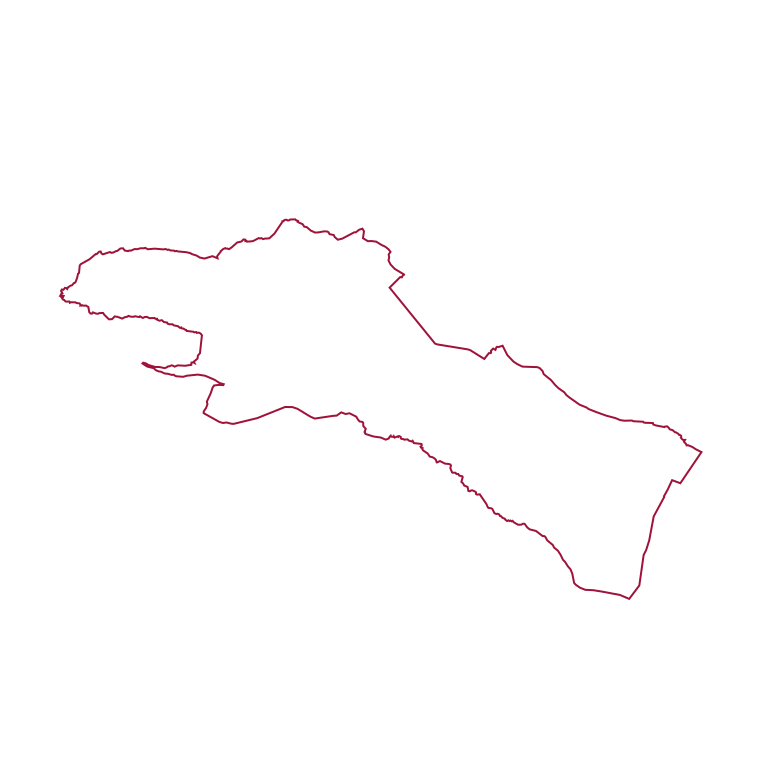 Magharibi, Zanzibar West, United Republic of Tanzania, rotated 122°
{"feature_id": "72390352B70436774950451", "entity_name": "Magharibi", "entity_type": "district", "adm_level": 2, "iso_a3": "TZA", "parent_name": "United Republic of Tanzania", "parent_adm1": "Zanzibar West", "projection": "orthographic", "projection_center": [39.256, -6.174], "detail": "fine", "context": "isolated", "style": "outline", "palette": "rose", "viewbox_px": 768, "rotation_deg": 122, "n_neighbors": 0, "source": "geoboundaries", "source_scale": "gbopen_adm2", "svg_char_len": 6143}
<svg xmlns="http://www.w3.org/2000/svg" viewBox="0 0 768 768"><g transform="rotate(122 384 384)"><path d="M273.5,78.7L274.1,84.9L274.0,89.1L274.8,93.7L275.7,94.8L274.9,95.8L274.0,99.0L271.9,99.1L272.9,100.6L272.9,101.8L272.2,103.7L271.9,103.6L270.7,104.3L270.3,105.2L270.8,106.7L270.3,107.9L270.3,110.6L270.7,111.6L270.2,114.8L271.0,117.7L270.2,119.5L269.9,121.5L271.2,123.2L271.9,123.3L275.2,131.9L275.6,134.2L274.6,135.3L278.4,141.8L279.0,143.3L278.7,144.3L283.4,152.7L283.6,154.4L287.7,160.6L289.4,164.4L290.3,169.8L293.0,178.5L295.3,189.0L296.8,197.1L296.6,199.8L297.9,207.2L297.2,219.6L296.7,223.5L295.5,226.7L295.1,233.6L294.3,237.8L292.2,244.3L291.0,253.8L288.9,256.5L288.0,260.6L288.5,263.0L295.9,275.8L296.5,281.4L296.4,286.0L294.1,294.8L288.7,303.7L291.9,306.4L292.5,307.8L293.5,308.1L296.0,307.6L296.1,310.2L299.2,310.9L300.4,309.9L301.2,309.8L302.2,311.4L309.6,312.2L309.6,328.9L310.2,331.2L322.1,359.6L322.7,362.1L299.3,430.3L284.7,426.9L284.1,425.4L282.2,425.6L281.1,425.0L280.5,425.1L280.7,435.9L279.2,441.7L276.8,445.7L273.9,446.7L271.6,448.7L268.5,448.5L267.3,451.7L266.9,455.9L267.4,459.9L267.4,466.0L269.4,470.4L271.4,473.3L271.5,479.1L265.1,481.9L263.7,484.6L266.3,486.8L270.3,488.3L271.1,489.6L282.8,496.4L286.1,499.6L285.5,503.7L284.3,505.6L285.8,509.6L284.7,511.5L284.8,513.1L286.3,515.7L290.3,520.1L292.1,522.7L292.7,527.4L291.9,532.7L292.8,535.0L291.6,537.7L292.2,541.7L292.2,543.3L291.3,543.4L291.7,545.6L291.4,546.5L294.2,550.7L295.4,551.2L296.3,552.1L296.4,553.8L297.1,554.7L297.8,555.4L299.2,555.5L299.8,556.4L300.3,556.1L314.5,556.6L321.3,558.5L324.0,562.3L325.2,563.3L325.3,565.3L326.3,566.2L326.6,567.5L332.2,570.8L334.7,573.9L335.9,575.8L335.5,576.5L336.3,577.3L335.1,578.2L335.9,579.8L338.7,580.4L341.8,583.5L348.9,585.6L351.8,586.9L352.2,588.8L353.0,589.9L352.9,590.6L354.7,591.9L357.9,592.9L358.3,592.6L363.4,593.2L364.3,593.1L365.6,591.8L366.5,597.2L372.8,602.8L374.4,607.4L374.4,611.0L375.7,616.0L375.6,617.4L376.9,621.3L381.0,629.5L381.0,630.4L382.2,631.6L382.1,632.6L383.9,635.9L384.1,637.8L385.0,638.7L385.2,640.6L386.8,642.5L390.8,650.3L394.9,655.7L395.1,658.7L396.2,659.6L397.9,662.4L400.5,664.8L401.7,667.0L404.9,669.2L405.8,670.7L406.9,671.4L408.2,674.5L407.2,677.2L407.9,678.3L409.0,679.5L412.5,680.7L413.2,681.6L416.0,683.3L417.3,684.8L417.2,686.0L417.6,686.6L423.0,691.1L423.0,692.8L421.8,694.5L422.8,695.7L426.1,696.5L426.5,697.3L434.4,699.9L443.1,704.7L444.8,704.8L451.4,701.5L452.6,701.9L456.6,700.5L461.0,699.6L462.5,700.0L462.8,700.5L465.6,700.9L467.0,702.1L469.6,703.2L471.3,703.0L471.0,704.4L471.5,705.5L474.0,705.8L474.6,707.3L476.0,707.2L476.5,706.9L476.8,705.6L477.7,705.5L477.8,704.9L478.6,705.4L480.7,705.3L480.4,704.8L480.8,704.9L481.1,704.2L479.9,704.1L479.1,702.4L480.8,702.2L481.6,702.9L482.5,701.2L482.2,699.5L482.7,698.2L482.7,697.4L480.8,694.6L480.9,693.9L481.5,693.4L480.6,692.8L478.2,688.9L478.3,687.7L477.0,684.9L477.5,683.5L478.4,683.1L477.7,682.4L477.7,681.8L477.1,681.6L476.8,680.3L475.4,678.3L475.4,675.5L479.2,672.1L479.8,670.3L479.0,668.9L477.5,668.8L476.9,665.6L476.1,663.9L474.6,662.8L472.6,659.9L473.5,657.9L474.9,651.5L473.1,649.0L469.4,648.2L468.2,645.4L467.3,640.7L464.8,639.3L462.8,637.2L461.7,636.9L461.0,634.2L459.5,631.7L458.5,631.1L457.0,627.1L455.9,626.8L455.8,623.5L454.0,622.4L452.7,620.6L452.5,617.9L449.6,613.5L449.9,612.6L449.0,611.1L449.7,610.8L449.4,608.1L447.6,606.2L448.1,603.6L446.8,600.4L447.5,599.6L447.2,597.8L445.4,595.0L445.7,593.5L444.2,589.5L444.5,586.9L443.5,585.9L444.0,585.5L443.9,584.5L443.2,583.3L443.4,581.8L443.0,580.3L443.6,579.6L440.7,573.3L440.8,572.4L439.5,570.8L439.9,569.8L439.0,569.0L438.4,567.6L438.5,565.9L439.2,564.2L455.4,556.4L458.5,556.9L461.3,555.6L465.8,557.1L466.6,555.9L466.7,557.2L467.9,558.6L469.9,557.6L473.9,562.3L477.5,568.8L480.2,570.7L480.3,572.7L480.8,574.1L482.8,575.4L483.5,576.5L484.8,576.9L486.8,578.5L488.5,583.2L490.9,587.3L492.7,593.8L492.7,596.7L493.5,599.5L494.6,599.7L494.7,594.1L492.6,587.6L493.2,584.8L492.7,581.8L491.8,579.8L491.3,575.6L489.8,572.5L488.8,568.9L487.5,567.1L487.8,565.6L487.3,563.8L484.3,558.1L481.4,555.5L474.7,546.9L471.8,540.1L470.2,530.0L470.3,524.0L469.1,519.8L470.1,519.7L472.4,523.8L475.4,527.4L478.0,527.4L483.9,526.0L492.8,524.9L494.7,523.0L498.7,522.2L502.7,522.4L504.3,521.5L503.4,503.5L502.4,499.9L500.1,497.2L498.8,493.0L497.6,490.5L480.1,473.4L455.9,455.7L452.1,449.4L450.9,444.2L450.7,429.1L450.0,424.4L437.9,410.2L435.9,407.4L430.7,405.2L429.8,400.7L427.1,397.7L426.4,390.2L427.8,387.6L428.7,384.9L427.6,382.2L428.0,381.0L430.6,379.3L431.7,375.7L434.9,375.1L434.9,374.6L436.0,373.8L436.1,372.9L434.1,365.1L431.1,358.4L430.3,353.1L427.7,351.1L426.1,351.3L424.3,350.9L424.9,350.1L423.9,348.1L423.1,348.1L423.9,346.7L421.4,344.8L421.4,344.0L420.6,344.1L420.1,343.5L420.0,341.8L421.1,341.0L421.3,340.2L420.3,337.9L420.5,337.4L418.5,334.7L418.8,332.7L418.0,329.9L417.0,329.6L418.3,327.4L415.1,320.7L415.1,320.2L416.3,319.3L417.8,319.8L418.3,318.9L417.9,317.3L418.8,317.1L419.6,315.6L419.8,310.1L421.3,306.8L420.4,304.1L420.3,301.9L420.9,299.5L422.3,298.2L422.5,297.5L419.7,295.7L419.2,290.1L417.5,286.7L417.1,284.9L417.8,283.9L420.1,283.3L422.8,279.6L422.9,279.0L421.4,276.3L421.9,275.0L421.0,273.2L421.8,271.8L420.8,268.5L421.3,267.9L426.0,266.5L426.4,264.2L427.6,262.2L427.0,258.6L430.0,255.7L429.6,254.5L428.0,253.6L427.3,252.5L426.9,249.1L427.8,248.0L428.5,247.8L428.5,246.4L426.8,244.4L431.4,233.8L433.5,230.6L433.7,229.7L432.6,227.2L432.5,226.0L435.0,221.9L434.8,220.0L434.0,219.2L433.6,218.1L433.7,216.9L434.5,215.7L434.1,214.5L434.7,212.7L434.2,210.0L434.7,209.5L435.0,207.0L433.7,206.3L433.8,205.0L432.8,204.4L432.8,203.0L431.9,202.5L432.5,200.8L432.3,195.7L430.5,193.0L428.7,192.0L428.1,190.7L429.7,186.5L430.1,183.6L428.1,177.2L428.9,169.0L428.0,167.3L428.2,166.1L430.1,162.7L431.1,155.5L432.6,153.0L433.2,148.2L435.3,143.7L438.3,138.9L438.8,136.4L441.2,131.4L442.3,127.7L445.0,123.9L451.9,117.4L452.6,115.2L452.9,110.0L451.9,104.3L448.0,97.3L444.6,89.3L437.9,72.2L436.3,62.2L419.6,60.7L391.4,73.2L385.9,73.7L376.1,76.2L353.4,85.1L331.3,86.5L330.9,87.1L323.9,87.4L312.9,88.7L311.1,80.1L273.5,78.7Z" fill="none" stroke="#9f1239" stroke-width="2"/></g></svg>